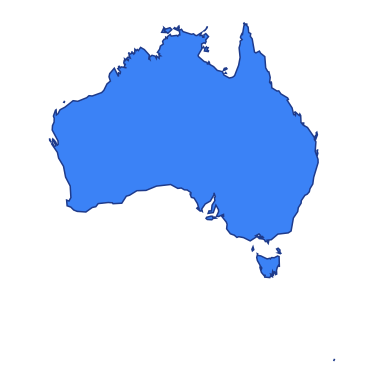 SVG path tracing the border of Australia
{"feature_id": "AUS", "entity_name": "Australia", "entity_type": "country or territory", "adm_level": 0, "iso_a3": "AUS", "parent_name": "Oceania", "parent_adm1": "", "projection": "robinson", "projection_center": [137.073, -32.4], "detail": "fine", "context": "isolated", "style": "filled", "palette": "blue", "viewbox_px": 384, "rotation_deg": 0, "n_neighbors": 0, "source": "natural_earth", "source_scale": "50m", "svg_char_len": 5874}
<svg xmlns="http://www.w3.org/2000/svg" viewBox="0 0 384 384"><path d="M250.7,33.6L250.3,36.3L252.2,38.9L254.5,52.1L255.9,52.9L259.4,51.1L260.6,53.2L264.8,56.6L265.7,67.9L267.8,71.6L268.9,71.9L270.2,77.4L269.6,82.4L271.6,84.5L271.8,87.8L276.9,91.0L278.8,90.9L280.9,93.9L287.6,97.9L288.4,99.4L287.1,100.2L292.1,107.9L293.6,114.5L294.4,114.2L295.4,115.4L295.8,112.4L299.2,115.5L299.8,114.0L300.7,115.6L301.0,122.4L303.0,124.9L307.5,127.5L314.4,137.6L314.4,139.6L315.9,141.8L315.2,151.3L318.0,159.3L318.1,162.7L313.7,177.3L312.8,184.0L310.0,188.7L309.3,191.8L307.2,194.2L304.9,195.3L301.3,200.6L301.1,203.2L298.3,207.7L297.7,211.6L293.4,218.0L291.1,231.0L288.2,232.9L277.9,234.1L271.3,239.7L267.2,240.2L267.9,241.5L268.7,241.1L268.2,243.4L266.8,241.3L265.4,241.6L264.5,239.8L262.0,238.7L263.0,237.7L262.6,236.5L261.5,236.5L259.3,238.5L257.8,237.2L259.0,237.3L260.4,235.3L259.0,233.9L255.8,235.7L257.5,236.2L250.2,240.9L243.5,237.6L238.8,236.7L236.9,237.4L234.3,235.2L230.4,233.8L226.6,228.8L227.1,224.3L226.3,222.1L221.5,216.0L223.6,216.2L223.5,214.4L218.7,216.5L216.5,216.3L218.6,211.7L218.5,209.7L215.9,205.1L213.3,212.6L208.1,213.4L209.0,210.9L211.4,210.9L212.1,205.1L214.9,200.6L214.4,197.6L215.3,196.8L214.0,192.8L214.0,194.7L210.4,201.0L205.2,204.0L201.8,208.9L202.3,211.4L201.1,210.5L200.2,211.1L196.8,208.3L197.4,207.6L198.9,208.3L197.4,203.5L194.1,198.1L191.4,197.4L190.1,194.1L190.9,194.0L190.9,192.6L187.2,190.0L184.3,189.8L181.3,188.0L177.8,188.4L170.7,184.5L156.5,186.1L146.0,190.4L136.9,190.7L129.6,195.2L126.3,196.2L121.8,203.2L113.0,203.7L112.4,202.8L108.2,202.5L98.2,203.6L95.8,206.7L92.2,207.5L85.9,212.0L77.2,211.4L73.7,210.0L70.8,207.1L67.1,205.8L66.6,200.1L69.0,201.0L70.9,197.6L70.2,186.0L65.6,177.2L63.5,166.3L58.6,158.1L57.4,152.4L51.3,143.4L52.2,143.9L52.4,142.7L54.1,146.3L55.7,145.9L55.8,144.6L52.5,139.8L52.8,138.9L54.7,140.7L54.8,143.0L55.7,142.1L56.7,144.5L57.4,145.1L58.2,144.3L58.0,140.9L52.2,130.0L52.5,125.6L54.1,122.1L54.2,118.2L53.4,116.1L55.5,110.2L56.1,109.8L56.4,114.9L58.0,113.8L60.0,109.8L64.9,107.2L73.1,100.7L77.8,101.3L86.7,97.7L89.0,95.7L92.2,96.0L101.6,92.6L103.8,90.4L107.0,83.9L110.4,81.1L109.0,76.8L109.7,73.6L114.3,68.2L118.5,76.5L118.6,72.8L120.2,73.5L120.5,71.9L117.8,68.6L118.7,68.0L118.6,66.5L119.4,66.3L120.3,67.8L121.5,66.9L126.5,67.9L124.0,67.1L125.6,63.8L124.6,64.6L123.8,62.9L124.1,60.9L124.9,60.9L125.8,59.2L128.3,60.5L128.4,59.5L127.3,59.5L126.8,58.3L128.1,57.1L130.2,58.0L129.0,54.9L131.7,53.1L132.0,51.3L132.3,53.4L133.3,53.0L133.8,54.1L134.7,53.2L134.9,49.2L136.3,50.6L137.2,49.5L138.4,50.6L140.6,47.4L144.4,49.6L149.4,55.2L148.6,59.6L149.2,58.8L149.8,59.4L149.3,57.4L152.0,55.3L155.2,56.2L156.3,58.3L156.6,56.1L159.1,58.2L159.1,55.9L160.6,55.8L158.9,54.4L159.5,53.7L157.4,52.4L159.6,49.2L160.4,46.1L163.3,44.0L162.6,41.3L164.2,39.2L165.7,38.9L165.7,37.2L167.3,38.2L167.4,36.7L170.2,34.4L171.2,36.1L176.7,35.4L177.8,36.2L178.5,35.0L179.8,34.9L179.5,31.2L173.8,28.5L174.7,27.6L176.0,28.6L177.2,27.9L179.6,30.1L181.5,29.3L183.0,31.6L191.4,34.3L193.5,33.8L195.5,35.4L196.8,35.6L201.6,32.6L200.1,35.5L202.2,35.4L202.7,37.2L203.9,37.3L203.9,34.9L205.8,33.6L208.5,36.6L205.7,40.0L206.1,41.7L205.2,43.4L204.1,42.7L201.6,44.0L201.8,48.9L198.1,55.2L198.4,56.5L204.1,61.5L206.9,62.4L207.4,64.0L208.9,63.9L213.6,66.6L217.3,70.4L222.4,71.7L224.0,75.1L229.3,78.0L232.5,77.3L234.6,75.7L238.6,65.3L240.1,57.5L239.1,47.8L240.3,43.6L240.1,41.2L242.2,39.6L240.5,37.7L240.6,36.6L241.9,33.7L242.5,34.3L243.9,25.8L245.9,23.9L246.9,24.2L246.5,25.2L248.1,27.1L248.7,32.5L250.7,33.6ZM257.3,255.2L260.8,255.9L267.1,258.9L269.7,258.3L270.4,258.9L271.4,257.6L274.3,257.7L277.6,256.0L279.1,256.6L279.4,266.9L278.6,265.1L277.3,267.3L276.5,270.3L276.7,274.1L275.5,274.6L274.7,273.1L275.7,272.4L274.3,271.8L273.5,273.2L272.7,271.3L272.2,274.6L270.7,274.1L271.1,275.0L269.8,277.6L264.7,277.1L264.4,275.8L265.7,275.3L263.7,275.2L261.4,272.4L259.8,267.1L261.4,269.1L261.8,268.0L260.7,266.4L260.1,266.8L260.1,265.4L257.4,260.6L256.7,257.5L257.3,255.2ZM165.6,29.1L170.0,27.7L171.8,29.6L167.9,33.3L164.9,31.0L164.0,27.7L165.6,29.1ZM212.7,217.2L214.8,217.1L216.1,218.1L213.2,218.4L211.8,219.8L207.3,219.5L206.0,218.4L206.6,217.3L211.0,216.1L212.6,216.3L212.7,217.2ZM206.9,47.8L208.1,47.7L207.1,49.9L208.5,50.8L208.2,51.6L204.4,51.0L205.0,48.3L206.5,46.9L206.9,47.8ZM315.4,140.1L314.8,138.6L315.3,135.8L316.6,134.4L316.1,132.9L316.8,132.2L317.4,134.8L315.4,140.1ZM278.1,248.2L279.9,249.9L280.0,251.3L278.6,252.0L276.6,249.0L278.1,248.2ZM163.4,28.8L165.5,32.5L161.7,32.3L163.4,28.8ZM252.4,250.9L251.9,249.3L253.0,246.8L253.8,249.7L252.4,250.9ZM227.0,68.8L225.2,69.9L223.4,70.5L224.3,68.4L226.3,67.9L227.0,68.8ZM51.2,142.4L49.7,140.4L49.5,138.4L51.2,142.4ZM280.0,252.4L280.9,253.3L280.4,253.7L278.0,252.9L280.0,252.4ZM302.3,123.0L303.7,123.0L303.6,124.9L302.3,123.0ZM271.2,82.0L271.6,83.3L271.3,84.0L270.0,82.2L271.2,82.0ZM272.4,275.1L272.5,276.8L271.2,276.2L272.4,275.1ZM317.9,153.1L317.3,155.3L317.1,155.2L317.3,152.9L317.9,153.1ZM179.0,28.5L178.2,26.5L178.9,26.0L179.2,27.5L179.0,28.5ZM207.1,27.7L205.7,29.6L207.4,26.3L207.1,27.7ZM317.3,152.2L316.9,150.8L317.4,150.0L317.6,150.0L317.3,152.2ZM209.5,63.1L208.5,62.6L208.9,61.7L209.3,62.2L209.5,63.1ZM204.0,47.7L202.9,47.9L203.6,46.8L204.0,47.7ZM64.6,100.9L64.3,102.4L63.8,102.3L64.6,100.9ZM244.7,23.9L244.1,24.4L243.7,23.4L244.1,23.0L244.7,23.9ZM262.7,237.4L261.7,237.9L261.3,237.6L261.5,237.1L262.7,237.4ZM334.4,359.7L333.6,361.0L334.5,358.9L334.4,359.7ZM205.3,30.1L203.3,31.4L205.3,29.8L205.3,30.1ZM129.1,53.0L128.4,53.9L128.9,52.9L129.1,53.0ZM273.3,274.8L272.5,274.2L272.9,273.5L273.2,273.8L273.3,274.8ZM226.2,73.3L225.1,73.2L225.7,72.5L226.2,73.3ZM125.2,59.8L124.7,60.3L124.6,59.1L125.2,59.8ZM260.9,238.2L261.8,238.9L260.3,238.7L260.9,238.2ZM295.2,112.3L294.8,112.3L295.1,111.5L295.2,112.3ZM257.7,253.9L257.5,254.5L257.3,253.7L257.7,253.9Z" fill="#3b82f6" stroke="#1e3a8a" stroke-width="1.5"/></svg>